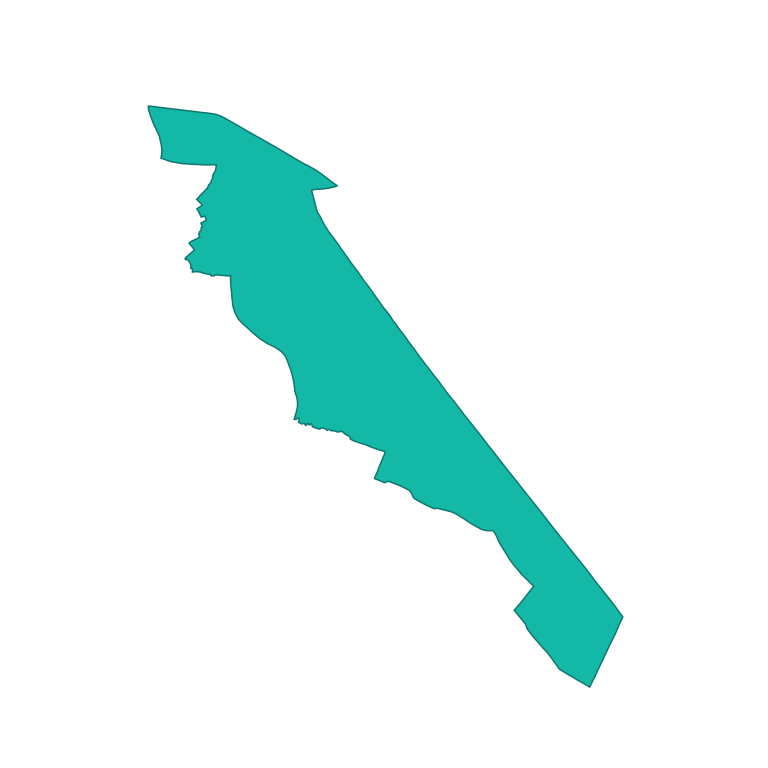 Bang Kruai, Nonthaburi, Thailand, rotated 230°
{"feature_id": "78962969B85979697822456", "entity_name": "Bang Kruai", "entity_type": "district", "adm_level": 2, "iso_a3": "THA", "parent_name": "Thailand", "parent_adm1": "Nonthaburi", "projection": "mercator", "projection_center": [100.434, 13.813], "detail": "fine", "context": "isolated", "style": "filled", "palette": "teal", "viewbox_px": 768, "rotation_deg": 230, "n_neighbors": 0, "source": "geoboundaries", "source_scale": "gbopen_adm2", "svg_char_len": 6082}
<svg xmlns="http://www.w3.org/2000/svg" viewBox="0 0 768 768"><g transform="rotate(230 384 384)"><path d="M422.9,303.8L421.1,301.8L420.3,300.7L418.3,297.9L414.7,292.5L413.9,293.3L413.6,293.6L413.5,294.0L413.0,296.2L412.7,296.6L412.3,296.9L412.1,296.9L411.8,296.7L411.3,296.1L410.8,295.5L410.0,294.4L409.8,294.2L409.5,294.1L409.3,294.0L409.1,294.1L407.8,294.7L406.6,295.0L406.3,295.3L405.9,295.8L405.8,296.1L405.6,297.1L405.5,297.3L405.4,297.5L405.1,297.6L404.6,297.6L403.0,297.3L402.7,297.4L402.5,297.6L402.3,297.9L402.3,298.3L403.0,299.4L403.1,299.7L403.1,299.9L402.9,300.0L402.7,300.2L401.1,300.4L400.6,300.6L400.4,300.8L400.3,301.0L400.7,301.9L400.7,302.2L400.7,302.5L400.5,302.8L400.2,302.9L399.9,302.9L398.9,302.4L398.1,302.3L397.9,302.2L397.4,301.7L397.1,301.7L396.6,302.0L396.5,302.7L396.4,302.9L395.9,303.0L394.9,302.9L394.6,303.0L394.3,303.2L393.6,303.9L392.0,304.9L391.2,305.3L390.9,305.6L390.7,305.9L390.8,307.1L390.7,307.6L390.4,308.1L390.1,308.5L387.0,310.5L386.5,310.6L385.2,310.5L384.9,310.8L384.8,311.6L384.8,312.1L384.6,312.5L384.4,312.7L383.9,313.1L382.8,313.3L382.0,313.7L381.6,314.0L381.3,314.7L381.1,314.9L378.5,316.9L378.1,317.1L377.4,317.3L377.1,317.5L376.7,317.9L376.4,318.4L376.1,319.9L374.5,321.1L373.9,321.6L373.3,321.8L371.7,321.8L369.8,322.3L366.3,323.8L365.7,323.8L364.8,323.6L363.8,323.0L363.5,322.9L361.1,323.7L360.0,324.2L356.9,326.2L354.0,327.8L352.4,328.9L350.6,330.1L340.8,335.4L338.5,336.8L337.4,337.5L336.4,338.1L335.0,339.1L333.7,339.9L331.2,341.2L330.6,340.4L330.1,339.6L328.5,336.2L327.3,334.2L326.4,332.4L323.1,326.0L322.0,324.3L321.0,322.3L319.7,320.0L318.9,318.1L317.7,315.9L314.3,317.8L308.3,320.9L308.1,321.0L307.8,321.5L307.3,323.3L307.0,324.1L306.8,324.5L306.6,324.8L306.0,325.3L296.7,330.4L294.3,331.6L287.8,334.4L286.8,334.8L286.0,335.0L283.9,335.0L283.4,335.0L280.5,334.1L278.5,333.6L277.8,333.6L276.6,333.7L274.5,334.4L270.0,336.1L263.2,338.9L259.7,340.6L257.1,341.9L256.4,342.3L256.1,342.5L255.9,342.8L255.0,344.4L254.4,345.1L247.2,350.3L243.8,352.7L241.4,354.2L239.7,355.0L236.6,356.2L234.6,356.9L230.2,358.3L220.2,361.3L210.8,364.9L208.1,366.4L205.8,368.3L202.0,372.7L201.0,373.1L197.8,373.0L192.0,371.5L189.0,370.6L186.5,370.1L169.2,367.5L162.5,367.1L149.6,367.1L132.8,368.7L132.5,367.4L131.6,362.4L130.4,356.9L129.7,353.9L128.8,349.2L127.2,339.8L127.0,338.3L112.0,338.1L109.1,338.0L108.1,337.8L106.5,337.1L105.1,336.5L104.5,336.3L99.7,336.0L94.0,335.8L87.7,336.0L79.4,336.0L78.0,336.3L71.6,336.4L67.4,336.2L52.7,335.1L52.2,335.2L43.6,338.1L31.6,342.4L24.7,345.0L20.6,346.4L19.6,346.7L20.7,349.2L22.8,353.9L23.9,356.8L26.2,361.4L32.3,374.8L34.3,379.0L40.8,393.3L43.8,400.3L49.8,412.3L51.4,416.1L52.0,417.2L68.6,418.3L88.5,418.9L93.0,418.9L98.3,419.1L105.2,419.6L113.3,419.9L129.3,420.3L136.1,420.4L161.7,421.1L169.6,421.3L177.5,421.7L194.2,422.2L204.1,422.4L220.0,422.9L223.9,423.1L238.0,423.3L247.8,423.7L253.4,423.9L260.5,424.2L266.8,424.3L275.6,424.6L284.5,425.1L288.1,425.1L295.9,425.4L299.1,425.4L310.8,425.7L312.3,425.8L315.3,426.1L320.2,426.2L323.3,426.4L325.5,426.4L330.8,426.5L335.5,426.6L343.9,427.1L348.7,427.5L352.4,427.7L362.1,427.9L366.4,428.2L372.4,428.3L376.4,428.6L384.0,428.9L392.0,429.6L400.0,430.0L407.3,430.7L412.1,430.8L427.0,431.7L431.9,432.4L438.1,432.7L443.7,432.7L468.2,434.8L475.2,435.0L485.7,436.0L495.2,436.5L499.2,436.8L504.6,437.3L509.2,437.7L513.9,438.0L525.3,439.0L535.9,439.5L545.3,440.8L553.4,442.8L558.4,443.3L578.9,453.0L578.3,454.6L577.8,455.6L577.3,456.4L575.9,458.4L573.3,461.7L570.6,465.9L567.7,471.0L566.4,473.9L566.0,475.5L573.3,473.7L586.5,470.7L589.9,469.8L592.6,468.9L599.9,466.2L602.5,465.0L604.6,464.1L611.4,461.6L616.7,459.7L629.9,455.2L650.8,447.4L665.2,442.0L680.1,436.6L688.5,433.5L692.0,432.1L694.2,431.1L696.1,430.1L697.9,429.0L699.3,428.0L701.2,426.4L730.3,399.2L732.7,396.9L747.2,383.4L748.4,382.2L747.3,381.3L746.3,380.5L745.2,379.8L743.8,379.2L741.8,378.4L738.3,377.0L730.5,374.4L727.9,373.8L724.9,373.0L719.2,371.6L710.5,367.2L707.9,365.6L705.5,363.8L703.4,361.9L701.5,359.8L700.4,358.4L694.4,361.8L691.1,363.9L689.9,364.8L688.4,366.2L685.2,368.9L683.6,370.2L680.7,372.9L678.7,375.3L677.0,376.8L675.7,378.3L674.4,379.6L671.3,383.1L669.7,384.7L668.0,386.7L666.0,388.7L664.2,390.9L662.8,392.9L662.2,393.7L659.5,396.4L656.8,393.3L655.7,391.8L655.3,390.8L654.8,388.9L654.3,388.1L654.1,387.4L653.6,386.8L653.2,386.4L652.9,386.1L652.7,385.5L652.5,385.4L652.1,385.3L651.8,385.1L651.5,384.5L651.3,383.5L651.2,383.2L649.6,380.8L649.2,377.8L649.0,377.2L648.0,375.5L647.8,374.9L647.7,374.5L647.1,370.1L646.5,363.4L645.9,361.8L645.9,361.5L646.1,360.7L646.0,359.2L642.6,359.4L639.3,359.9L638.3,359.9L638.0,359.9L637.9,359.5L637.9,357.7L638.4,353.8L638.5,353.4L638.4,353.2L634.0,352.5L629.6,351.3L629.3,351.5L629.0,351.8L628.3,353.3L627.8,354.7L623.7,353.3L624.5,348.9L624.9,347.2L624.5,346.9L623.0,346.7L622.5,346.6L621.3,345.9L621.3,345.6L621.4,344.9L621.4,344.6L620.7,344.1L620.4,343.7L619.3,342.7L619.0,342.4L619.0,342.2L619.3,341.0L619.2,340.8L617.9,338.3L617.7,338.1L614.9,337.3L615.7,333.5L617.1,328.4L617.2,327.6L617.2,325.2L613.5,325.2L612.6,325.1L608.5,325.0L608.5,322.8L608.4,317.3L608.2,314.1L608.4,313.9L607.9,312.9L607.7,312.0L606.5,312.2L606.4,312.4L606.6,313.0L605.7,313.4L604.8,313.5L603.4,313.4L601.0,313.1L598.6,311.9L598.1,311.8L597.5,311.4L597.6,311.2L596.6,310.3L595.4,311.5L592.9,309.2L590.9,312.2L590.0,313.2L588.4,314.7L587.3,315.6L587.0,315.8L586.3,316.0L585.3,316.8L584.2,317.5L582.6,318.7L579.6,321.4L578.5,321.0L578.2,321.0L576.2,323.1L576.1,323.4L576.0,324.8L575.6,325.4L572.4,328.7L569.9,331.1L567.5,333.6L565.4,336.1L563.8,334.5L561.5,332.7L556.6,329.1L551.6,325.8L547.9,323.1L544.5,320.8L541.4,318.8L539.8,317.9L536.5,316.5L534.1,315.6L529.3,314.5L528.5,314.3L526.1,314.2L520.2,314.6L515.1,315.5L507.7,316.4L502.9,317.2L497.8,318.2L490.6,320.5L489.8,320.7L487.2,322.0L482.2,324.2L475.2,326.1L472.8,326.4L469.2,326.3L468.1,326.2L466.9,325.9L454.2,321.4L450.3,319.7L445.8,317.4L444.1,316.5L438.6,313.0L436.1,311.4L433.6,310.1L431.0,309.1L429.8,308.6L426.3,306.5L424.0,304.7L422.9,303.8Z" fill="#14b8a6" stroke="#0f766e" stroke-width="1.5"/></g></svg>